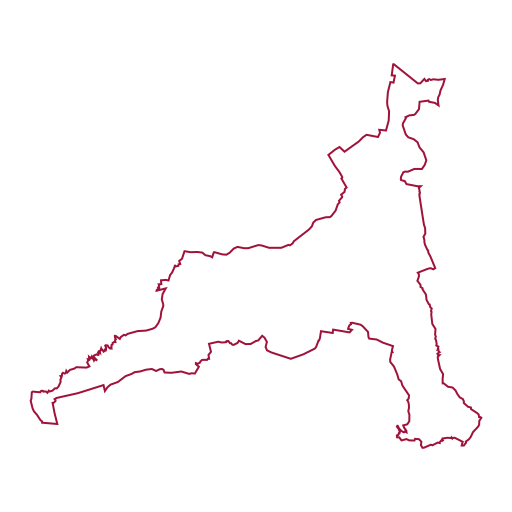 outline of Casin, Bacau, Romania
{"feature_id": "2599482B1841621601229", "entity_name": "Casin", "entity_type": "district", "adm_level": 2, "iso_a3": "ROU", "parent_name": "Romania", "parent_adm1": "Bacau", "projection": "mercator", "projection_center": [26.717, 46.195], "detail": "fine", "context": "isolated", "style": "outline", "palette": "rose", "viewbox_px": 512, "rotation_deg": 0, "n_neighbors": 0, "source": "geoboundaries", "source_scale": "gbopen_adm2", "svg_char_len": 6034}
<svg xmlns="http://www.w3.org/2000/svg" viewBox="0 0 512 512"><path d="M481.3,417.8L480.5,417.1L479.1,417.1L478.6,414.4L477.2,413.1L471.0,409.1L470.9,407.5L468.1,406.8L463.8,403.0L463.9,401.4L462.9,399.1L459.7,397.3L457.4,394.1L455.5,390.4L452.5,387.5L448.1,386.8L443.5,383.2L442.7,383.3L442.6,378.9L443.1,374.1L440.1,369.0L438.0,359.4L437.7,357.0L439.5,355.1L438.0,355.0L437.4,353.7L439.6,352.2L438.6,351.3L438.4,349.5L437.6,349.7L438.4,346.6L436.3,345.5L436.7,344.0L436.0,340.1L435.2,338.8L435.8,336.6L435.1,334.6L435.5,329.0L432.3,323.9L431.2,314.2L431.6,312.0L431.0,311.0L431.7,308.5L430.3,307.2L429.7,304.5L428.9,304.3L426.5,299.8L426.0,294.8L425.5,293.8L422.6,289.5L422.6,288.3L420.5,286.9L420.5,284.8L417.4,280.8L418.9,276.6L418.9,274.4L417.8,272.7L428.0,268.7L430.7,268.2L433.3,269.3L435.2,268.1L430.5,256.7L428.3,252.5L428.1,250.4L427.4,249.9L425.0,244.7L424.4,242.2L424.4,240.1L423.5,236.8L425.3,233.6L425.1,228.0L424.0,224.9L423.4,221.4L419.4,195.5L419.6,194.9L419.3,194.0L419.9,193.3L419.9,192.3L419.4,191.6L419.6,190.5L418.8,187.9L420.7,186.2L417.3,186.2L406.5,184.1L404.8,181.1L401.1,180.1L400.8,179.3L401.1,176.7L403.3,172.3L405.0,171.6L407.9,171.7L414.4,168.9L421.9,169.0L424.8,164.8L426.3,160.3L423.6,152.3L419.6,147.5L417.5,142.2L413.7,139.2L408.3,137.3L405.8,134.5L402.7,125.5L402.9,123.5L406.2,117.5L405.7,117.1L409.3,115.4L413.9,114.9L415.3,114.0L419.0,109.1L419.6,101.8L428.5,100.6L429.1,101.8L435.0,102.9L438.5,105.4L437.8,99.9L438.2,97.3L439.6,94.5L440.5,90.4L443.1,84.8L444.7,79.0L438.4,79.8L433.3,79.3L430.8,80.0L429.2,79.1L427.8,79.8L427.9,80.8L426.0,81.2L424.4,78.9L420.3,83.3L417.8,83.4L393.8,64.2L393.2,64.3L391.7,75.4L394.9,75.6L394.8,76.4L393.5,82.6L390.4,82.1L387.9,92.1L387.1,102.2L387.4,105.6L389.1,111.4L388.7,120.5L386.0,130.5L379.3,129.8L380.0,132.8L378.0,137.0L366.5,134.8L362.9,137.3L358.9,141.4L344.5,151.7L339.5,147.0L335.0,149.7L328.4,154.9L334.9,166.0L339.4,172.0L342.1,176.7L342.3,177.6L341.4,178.5L346.6,187.5L344.9,189.0L344.6,191.8L341.1,194.7L342.2,196.6L342.1,197.3L339.0,200.7L339.6,202.4L337.8,204.3L335.6,210.6L331.4,216.0L330.0,217.1L325.5,217.3L315.9,220.0L313.2,222.7L311.9,226.3L309.1,229.4L293.9,241.2L292.6,243.4L290.0,245.3L288.4,244.9L281.3,247.8L269.1,247.8L261.4,245.4L258.2,245.1L248.2,248.2L244.1,248.2L237.5,246.9L233.8,248.5L229.6,252.8L226.3,254.7L222.3,254.4L214.2,252.1L213.7,252.6L212.2,257.3L210.3,256.2L205.4,255.2L202.3,252.6L197.5,252.0L190.6,252.2L184.5,251.2L182.0,258.8L179.2,260.9L180.2,264.0L178.6,264.3L178.4,265.8L175.3,266.6L174.9,264.8L174.8,266.2L174.1,268.1L172.1,272.5L170.1,275.1L168.5,280.5L165.8,279.9L161.0,280.3L161.3,284.1L158.7,284.3L159.2,285.7L158.1,287.5L159.2,287.7L159.2,288.4L156.7,290.1L156.6,290.7L165.7,288.4L162.6,294.1L161.8,299.4L163.2,304.2L163.3,306.0L161.3,311.5L160.6,317.5L158.4,323.0L155.3,327.3L152.5,328.8L146.0,330.6L137.6,331.1L127.5,333.9L125.7,335.4L124.0,334.8L120.8,337.0L119.8,338.9L115.7,335.9L114.9,335.9L115.0,337.6L115.9,339.3L115.0,340.1L115.4,342.1L113.6,342.2L112.6,343.0L112.6,344.4L111.5,345.0L111.5,348.4L110.6,347.9L110.2,348.5L108.5,347.2L107.7,345.5L105.7,345.2L105.2,345.7L106.0,347.5L106.1,349.6L105.8,350.3L105.0,349.7L104.6,351.0L103.6,351.7L102.4,349.7L101.8,349.8L101.2,348.4L100.6,350.5L99.7,350.8L100.0,352.6L98.8,351.4L98.0,352.4L98.6,353.4L98.6,354.6L97.9,355.1L96.7,354.3L93.9,355.6L93.4,356.6L97.2,360.5L94.8,359.3L94.0,360.6L93.3,359.0L92.5,358.6L91.7,356.5L90.6,358.3L89.0,356.8L89.2,359.7L87.9,359.3L88.2,360.2L87.2,362.6L89.4,366.4L86.5,367.6L76.3,367.2L74.3,368.6L69.9,369.9L67.3,372.5L66.3,370.9L65.8,372.9L64.8,373.6L62.9,372.8L62.1,373.7L61.9,375.9L60.5,376.1L61.4,377.5L60.3,379.9L60.7,381.7L58.6,386.4L56.8,388.4L55.0,388.3L52.4,390.7L49.5,391.5L48.8,390.7L47.4,392.8L46.0,391.5L43.3,391.6L43.2,391.0L42.0,390.7L40.7,391.2L40.3,392.3L32.8,391.6L31.8,392.3L31.4,398.7L30.7,400.8L32.5,408.1L33.9,411.3L36.9,414.7L40.3,419.9L42.1,421.5L42.1,422.7L57.3,424.0L54.6,413.3L52.6,402.9L53.6,402.8L55.5,401.1L55.5,400.1L54.6,399.1L56.4,398.0L77.8,393.2L103.5,385.1L104.9,391.0L107.6,387.1L110.6,384.6L117.9,382.0L125.6,376.1L131.5,374.0L134.6,372.2L140.4,371.4L145.9,369.7L151.9,369.0L156.1,371.0L159.9,369.2L162.0,369.0L163.4,369.7L164.6,372.5L171.5,372.8L181.3,371.5L189.2,373.9L191.3,373.3L194.9,373.5L198.9,366.7L195.9,364.2L195.9,363.1L197.8,363.7L200.0,362.6L200.4,361.4L202.1,359.9L207.1,359.9L207.8,358.8L209.1,358.8L208.5,354.9L211.0,351.8L209.0,343.8L218.3,341.7L221.5,342.5L224.2,342.4L226.3,342.1L226.2,341.4L226.7,341.1L228.4,341.0L230.0,343.2L230.9,343.1L232.2,344.6L233.6,344.9L237.6,342.9L238.9,340.7L245.5,344.1L250.6,344.0L255.9,341.0L258.2,340.5L262.2,335.8L264.5,337.7L266.9,341.9L265.6,347.0L267.0,350.3L271.2,352.4L290.8,358.8L303.4,354.3L314.8,348.6L316.1,347.0L318.5,340.6L319.1,340.5L319.9,338.2L321.0,331.2L332.7,333.0L333.1,329.6L349.6,332.4L351.9,329.8L348.1,328.9L348.4,327.7L349.5,325.2L351.1,324.2L350.8,322.9L352.5,322.8L360.6,324.7L362.7,326.2L368.0,331.9L368.5,337.2L369.2,338.6L376.7,339.5L383.0,342.7L393.0,346.1L392.0,349.8L391.9,351.0L392.5,352.2L391.6,352.3L390.1,359.7L390.3,362.0L394.0,366.6L397.2,374.3L398.7,379.4L401.1,381.2L402.4,385.5L409.0,395.3L408.7,398.5L407.2,400.2L408.1,401.4L408.8,404.0L409.0,407.6L408.3,411.3L409.4,414.7L409.3,421.2L407.3,424.3L403.2,425.4L404.2,427.9L405.5,429.3L405.2,429.8L405.6,430.6L406.3,430.8L406.5,432.3L405.4,431.7L403.8,432.3L401.1,430.8L400.4,429.8L399.9,430.0L397.7,425.8L397.3,425.8L396.9,426.6L398.8,429.2L399.8,432.1L399.5,433.3L398.8,433.2L398.3,434.9L396.9,435.4L397.1,437.3L399.2,437.3L401.5,440.4L406.5,439.1L409.2,440.4L414.5,440.5L415.1,438.8L419.0,439.2L421.4,441.8L420.9,445.1L422.5,447.8L424.0,447.7L430.9,444.7L432.4,445.3L437.6,442.6L439.6,443.0L439.5,442.5L441.6,440.1L442.2,440.8L442.9,440.4L442.3,439.4L442.5,438.5L447.2,437.8L451.1,438.0L451.5,437.4L452.3,438.6L453.0,437.9L454.8,437.8L462.7,441.8L461.7,445.5L463.9,445.5L466.0,442.7L465.8,441.6L469.0,439.2L470.8,436.8L473.0,432.1L477.9,426.9L479.1,424.9L479.3,420.9L481.3,417.8Z" fill="none" stroke="#9f1239" stroke-width="2"/></svg>